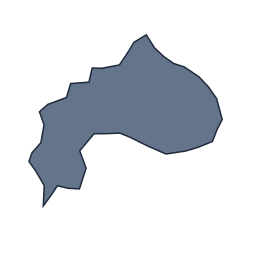 outline of Pano Deftera, Nicosia, Cyprus, rotated 103°
{"feature_id": "46923920B2201845302694", "entity_name": "Pano Deftera", "entity_type": "district", "adm_level": 2, "iso_a3": "CYP", "parent_name": "Cyprus", "parent_adm1": "Nicosia", "projection": "natural_earth1", "projection_center": [33.266, 35.092], "detail": "fine", "context": "isolated", "style": "filled", "palette": "slate", "viewbox_px": 256, "rotation_deg": 103, "n_neighbors": 0, "source": "geoboundaries", "source_scale": "gbopen_adm2", "svg_char_len": 659}
<svg xmlns="http://www.w3.org/2000/svg" viewBox="0 0 256 256"><g transform="rotate(103 128 128)"><path d="M33.1,131.2L43.1,141.4L56.7,146.0L68.5,150.6L75.8,167.2L77.6,176.4L92.1,176.4L97.6,193.9L112.1,194.8L123.0,211.4L132.1,217.9L143.9,210.5L162.0,209.6L173.8,216.0L182.9,217.0L190.2,208.7L202.9,196.7L222.9,193.0L210.1,187.5L200.2,183.8L200.2,172.7L198.3,161.6L176.6,159.8L161.1,169.9L141.2,159.8L138.4,147.8L134.8,134.9L136.6,123.8L141.2,104.5L144.8,85.1L137.5,66.7L131.2,55.6L122.1,42.7L109.4,40.9L98.5,38.1L79.4,48.3L69.5,59.3L62.2,70.4L55.8,87.0L54.9,98.0L50.4,109.1L44.0,120.1L33.1,131.2Z" fill="#64748b" stroke="#1e293b" stroke-width="1.5"/></g></svg>